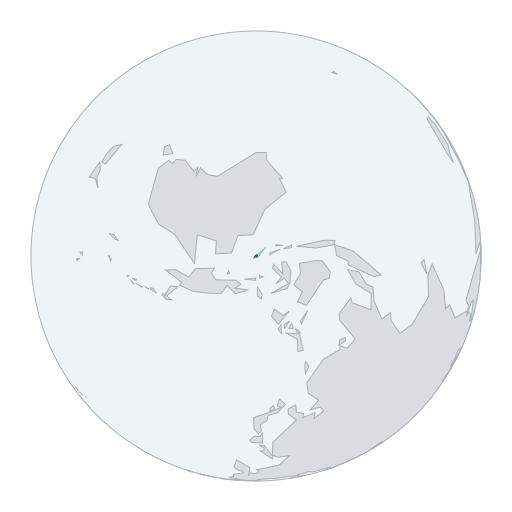 Viqueque on an orthographic globe, rotated 165°
{"feature_id": "TLS-552", "entity_name": "Viqueque", "entity_type": "District", "adm_level": 1, "iso_a3": "TLS", "parent_name": "East Timor", "parent_adm1": "", "projection": "orthographic", "projection_center": [126.408, -8.804], "detail": "fine", "context": "on_globe", "style": "filled", "palette": "green", "viewbox_px": 512, "rotation_deg": 165, "n_neighbors": 0, "source": "natural_earth", "source_scale": "10m", "svg_char_len": 7068}
<svg xmlns="http://www.w3.org/2000/svg" viewBox="0 0 512 512"><g transform="rotate(165 256 256)"><circle cx="256" cy="256" r="225" fill="#eef3f6" stroke="#a8b0b8"/><path d="M430.2,298.0L430.0,299.7L429.8,299.8L430.2,298.0ZM375.6,65.1L377.8,66.5L378.3,67.7L373.2,63.6L375.6,65.1ZM368.6,60.9L367.2,60.2L362.6,57.6L359.0,55.9L353.7,53.2L351.6,52.0L368.6,60.9ZM347.2,50.0L346.5,49.7L340.4,47.3L341.9,47.8L347.2,50.0ZM333.1,44.3L332.4,44.1L333.1,44.3ZM464.4,177.0L462.5,172.0L464.3,175.3L464.4,177.0ZM460.9,168.9L461.7,170.6L460.9,169.2L460.9,168.9ZM460.1,167.8L460.7,168.6L460.2,168.2L460.1,167.8ZM459.2,167.0L459.6,167.2L459.6,167.4L459.2,167.0ZM457.1,164.3L456.5,163.4L456.7,163.2L457.1,164.3ZM359.4,56.2L360.8,57.0L358.3,55.9L359.4,56.2ZM348.0,50.8L343.8,49.1L347.7,50.5L348.0,50.8ZM341.0,47.9L330.6,44.4L332.7,45.6L321.1,40.9L333.7,45.0L338.2,46.4L338.0,46.6L341.0,47.9ZM316.3,39.1L313.5,38.4L316.0,39.0L316.3,39.1ZM179.4,44.1L179.6,44.1L182.4,43.1L183.9,42.6L185.1,42.2L184.8,42.6L186.9,41.9L187.9,41.4L192.8,39.8L201.2,37.5L200.6,37.8L197.5,38.6L190.0,41.3L181.8,44.2L182.4,44.2L189.4,41.8L198.5,38.4L203.8,37.0L200.2,38.2L201.9,37.6L204.3,37.0L206.2,36.9L210.5,35.6L238.0,31.7L244.3,31.9L238.0,32.8L256.6,32.7L262.3,34.5L263.2,33.8L272.7,34.2L271.0,33.6L272.1,33.4L295.8,36.2L300.9,37.6L312.0,39.5L312.5,39.3L309.3,38.2L321.1,40.9L332.7,45.6L331.1,45.6L339.4,49.2L334.6,49.0L334.4,51.0L324.3,49.7L325.0,52.0L328.3,53.2L331.7,57.8L327.7,64.2L316.8,53.3L320.0,45.9L317.5,48.0L313.9,46.2L310.4,46.2L308.9,48.3L311.4,49.4L287.5,48.0L275.7,54.6L286.8,55.8L291.6,59.6L287.9,71.7L259.4,87.1L265.6,95.1L264.6,99.9L256.3,101.8L257.4,94.8L250.8,91.5L252.7,87.7L239.6,89.5L241.9,84.1L230.6,88.8L232.7,93.5L243.4,93.3L232.7,100.5L241.0,109.8L239.7,120.4L218.1,138.5L199.5,143.9L197.9,147.5L191.7,143.1L181.7,150.4L191.7,172.3L190.7,178.7L175.3,190.9L175.3,186.0L158.9,174.3L154.4,190.0L166.8,203.1L171.0,219.1L160.8,214.1L156.7,200.2L151.0,195.7L153.6,181.9L150.7,162.4L140.6,166.5L142.3,158.7L136.9,143.8L122.9,149.6L99.9,172.0L95.1,192.6L88.0,202.7L83.3,174.7L86.7,156.0L81.6,158.6L79.7,144.9L66.5,148.2L67.7,143.9L64.6,147.0L63.7,144.0L66.7,137.1L64.8,138.8L57.6,157.0L60.0,155.5L66.3,146.5L63.5,153.6L64.7,158.8L52.4,179.4L37.9,203.2L41.6,188.2L46.1,174.3L52.4,159.6L59.8,145.3L68.1,131.7L77.4,118.7L87.6,106.3L98.7,94.8L110.5,84.0L123.1,74.1L136.4,65.1L150.2,57.1L164.6,50.1L179.4,44.1ZM40.7,189.6L37.6,204.2L36.8,207.0L36.7,210.8L42.9,201.1L41.8,206.3L35.7,232.9L31.7,272.5L35.2,295.2L40.0,315.6L44.1,332.3L50.4,347.5L53.5,354.7L58.1,363.6L60.9,368.7L53.1,353.8L46.3,338.4L40.7,322.5L36.4,306.2L33.2,289.6L31.4,272.9L30.7,256.0L31.3,239.2L33.2,222.5L36.4,205.9L40.7,189.6ZM81.9,114.2L84.9,113.1L92.7,102.9L94.5,101.9L96.5,99.1L93.2,102.2L99.5,94.6L104.1,90.9L108.4,86.8L107.6,87.1L98.2,95.3L89.2,105.8L84.6,110.7L81.9,114.2ZM130.5,410.8L135.0,413.4L133.1,414.1L130.5,410.8ZM45.1,306.4L55.3,344.1L53.6,345.9L48.7,335.8L41.8,313.5L42.2,305.6L41.1,295.0L45.1,306.4ZM227.2,259.3L234.2,260.7L234.0,261.8L227.2,259.3ZM219.9,255.1L227.8,255.9L218.6,257.4L219.9,255.1ZM230.9,256.2L238.9,254.8L242.4,253.3L241.8,255.5L230.9,256.2ZM214.6,254.9L186.5,253.6L175.7,250.6L178.0,246.7L195.6,248.1L214.6,254.9ZM177.2,246.6L160.9,235.7L140.1,205.4L147.5,205.6L169.5,223.8L168.1,227.0L178.0,235.6L177.2,246.6ZM217.5,227.8L216.0,237.7L200.3,236.2L193.3,234.3L188.4,221.5L191.1,215.2L196.8,215.6L219.9,195.4L227.8,201.0L220.4,209.4L226.9,218.3L217.5,227.8ZM95.6,194.5L98.4,206.5L94.7,209.1L95.6,194.5ZM230.1,181.6L220.2,189.9L229.5,178.6L230.1,181.6ZM236.0,170.9L236.3,175.4L232.8,170.8L236.0,170.9ZM196.9,153.3L190.9,154.2L191.1,151.2L199.0,148.4L196.9,153.3ZM238.6,129.8L237.1,138.1L235.4,140.9L233.3,135.6L238.6,129.8ZM234.6,31.9L238.8,31.4L240.2,31.4L239.4,31.5L234.6,31.9ZM238.4,31.4L234.9,31.7L234.5,31.7L238.4,31.4ZM377.7,383.7L380.5,387.0L374.2,393.2L365.3,398.7L356.8,398.5L377.7,383.7ZM310.9,385.9L309.7,376.4L319.5,377.5L316.2,385.1L310.9,385.9ZM384.0,379.6L389.6,372.9L391.0,362.4L391.3,372.6L396.7,375.4L382.6,387.1L384.0,379.6ZM272.5,343.0L229.1,356.0L219.2,353.2L220.9,346.0L210.3,323.8L213.4,324.4L210.3,310.0L235.5,298.7L253.2,277.3L268.2,280.3L278.9,265.3L294.6,268.5L290.4,280.7L307.2,291.8L317.4,264.7L328.8,297.7L341.8,311.8L346.7,333.8L327.6,366.2L315.6,371.0L312.8,367.0L307.9,369.9L299.6,366.8L294.0,353.9L289.3,356.8L293.4,348.5L286.8,355.5L282.0,347.2L272.5,343.0ZM385.1,306.9L387.7,308.6L392.1,315.8L387.9,313.4L385.1,306.9ZM423.7,301.9L425.0,305.2L422.3,304.8L423.7,301.9ZM429.8,299.8L426.5,299.5L430.2,298.0L429.8,299.8ZM397.6,291.9L399.0,294.3L397.9,294.7L397.6,291.9ZM396.5,290.8L397.9,288.1L397.9,291.3L396.5,290.8ZM383.8,270.2L385.3,269.0L386.0,270.4L383.8,270.2ZM244.6,261.7L254.2,254.5L259.6,254.4L244.6,261.7ZM381.5,266.2L377.7,264.8L378.1,263.3L381.5,266.2ZM381.7,262.4L381.2,260.0L383.7,266.0L381.7,262.4ZM374.2,255.3L379.0,260.6L373.7,255.7L374.2,255.3ZM371.5,255.2L368.1,252.6L368.3,252.0L371.5,255.2ZM334.6,250.0L347.1,266.0L337.3,263.6L326.2,253.1L318.1,259.4L299.3,255.1L303.5,250.9L300.8,243.3L281.7,237.8L277.9,232.7L284.6,230.4L272.2,225.3L285.7,224.9L291.4,235.1L299.1,228.8L312.7,232.8L326.1,238.3L337.2,247.6L334.6,250.0ZM286.0,245.9L288.4,246.2L286.4,248.8L286.0,245.9ZM361.7,245.7L366.6,251.6L366.1,252.6L363.7,251.3L361.7,245.7ZM339.6,246.5L351.4,241.0L354.2,241.8L346.5,249.2L339.6,246.5ZM348.4,235.2L354.0,237.6L357.0,242.8L355.9,243.7L348.4,235.2ZM258.3,233.7L257.8,236.3L254.4,233.9L258.3,233.7ZM262.8,232.6L273.3,236.7L261.9,234.8L262.8,232.6ZM231.6,220.8L234.5,227.2L243.9,224.0L236.8,229.1L243.3,239.9L241.2,243.6L234.7,231.9L232.7,243.3L228.5,242.8L226.1,232.8L230.2,221.1L234.3,216.6L251.4,216.0L231.6,220.8ZM262.7,225.0L259.9,217.6L262.0,213.1L265.0,217.2L262.7,225.0ZM252.0,200.0L245.1,191.5L238.5,194.0L252.1,184.3L256.5,193.9L252.0,200.0ZM246.6,182.4L240.4,184.5L247.0,178.8L246.6,182.4ZM239.0,181.8L238.6,176.5L243.3,177.6L239.0,181.8ZM249.8,182.9L251.5,174.0L253.6,179.5L249.8,182.9ZM237.4,164.7L247.1,174.0L234.0,169.4L234.8,152.8L240.5,152.8L237.4,164.7ZM277.8,106.9L277.2,102.9L282.7,102.8L281.6,105.5L277.8,106.9ZM300.1,100.5L284.0,101.5L270.9,103.3L274.4,105.5L270.4,111.8L265.9,105.0L275.9,99.0L285.5,98.9L288.1,94.1L295.9,91.9L295.9,85.8L299.6,83.8L302.6,89.6L300.1,100.5ZM295.5,83.2L298.3,73.8L308.2,77.0L309.8,79.7L304.3,82.5L299.4,80.6L295.5,83.2ZM301.9,72.6L297.2,71.0L291.5,57.6L292.7,55.8L302.3,66.5L298.4,65.7L298.0,68.7L301.9,72.6ZM313.8,38.6L313.5,38.4L315.5,39.0L313.8,38.6ZM271.0,33.1L272.9,32.9L275.2,33.3L271.0,33.1ZM279.4,32.9L275.4,32.5L279.9,32.8L279.4,32.9ZM266.5,31.8L274.0,32.3L266.5,32.1L266.5,31.8Z" fill="#d9dde1" stroke="#a8b0b8" stroke-width="1"/><path d="M257.2,255.8L256.9,256.0L256.7,256.0L256.4,256.4L256.3,256.5L256.1,256.6L255.1,256.7L255.0,256.8L254.8,256.6L254.7,256.4L254.6,256.1L254.6,255.9L254.7,255.7L254.8,255.5L255.0,255.5L255.3,255.6L255.5,255.5L255.9,255.5L256.0,255.6L256.1,255.4L256.2,255.2L256.3,255.3L256.3,255.5L256.6,255.5L256.8,255.6L256.9,255.4L257.1,255.4L257.2,255.5L257.3,255.6L257.2,255.7L257.2,255.8Z" fill="#22c55e" stroke="#15803d" stroke-width="1.5"/></g></svg>